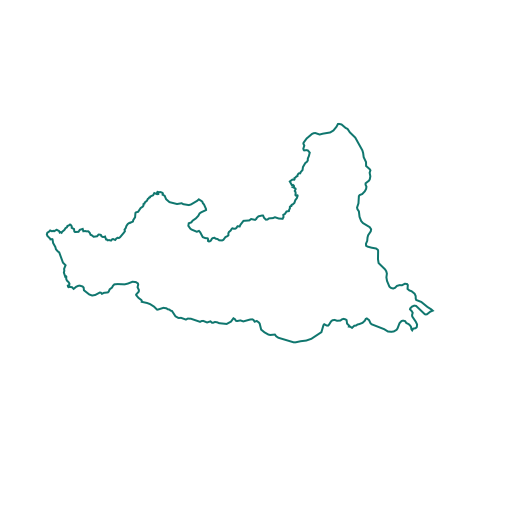 Norcasia, Caldas, Colombia, rotated 45°
{"feature_id": "7082276B5285222782638", "entity_name": "Norcasia", "entity_type": "district", "adm_level": 2, "iso_a3": "COL", "parent_name": "Colombia", "parent_adm1": "Caldas", "projection": "orthographic", "projection_center": [-74.881, 5.638], "detail": "fine", "context": "isolated", "style": "outline", "palette": "teal", "viewbox_px": 512, "rotation_deg": 45, "n_neighbors": 0, "source": "geoboundaries", "source_scale": "gbopen_adm2", "svg_char_len": 6152}
<svg xmlns="http://www.w3.org/2000/svg" viewBox="0 0 512 512"><g transform="rotate(45 256 256)"><path d="M221.4,103.8L220.6,104.7L221.5,107.6L222.0,112.5L221.1,116.2L216.8,122.2L215.1,125.1L211.0,127.1L210.0,128.3L209.3,130.0L208.7,137.1L209.5,142.2L210.1,143.1L212.1,143.8L213.6,146.7L214.8,147.3L215.4,147.3L216.8,145.5L218.0,144.7L220.9,144.9L222.8,148.1L223.7,150.4L225.1,151.9L225.4,153.7L225.1,155.2L225.5,156.9L226.3,159.9L228.1,162.3L228.3,165.2L228.8,166.3L227.9,167.2L227.8,168.0L228.3,169.8L228.8,170.2L228.3,171.5L228.4,172.6L228.1,173.7L229.0,174.5L229.1,175.0L227.7,176.2L227.2,179.4L231.4,180.6L231.9,179.6L233.0,179.5L234.0,180.2L233.6,181.2L236.1,180.4L236.7,180.6L237.4,182.6L238.3,182.7L239.6,183.5L240.7,185.0L241.4,185.1L242.4,183.8L242.9,184.0L244.0,186.3L244.3,188.7L245.6,191.3L245.5,193.5L245.0,194.6L245.7,195.7L245.2,196.3L245.2,197.3L246.4,198.5L246.6,199.6L247.5,201.0L246.1,202.9L246.7,205.8L246.2,207.6L247.9,209.0L248.5,210.9L245.6,213.4L242.0,215.2L241.2,217.2L238.6,220.2L238.3,222.1L237.3,223.3L234.7,223.3L232.4,222.4L231.7,223.0L229.7,226.2L229.6,228.6L230.0,229.6L229.8,231.1L226.4,233.3L226.1,235.6L222.3,240.0L222.9,244.9L223.6,246.7L221.9,248.0L222.3,250.2L222.1,251.2L221.1,252.4L219.8,253.0L219.6,253.7L220.1,256.0L219.9,258.2L220.4,259.5L221.8,260.8L221.8,262.0L221.0,264.2L221.5,267.7L221.0,269.0L218.9,270.9L216.8,271.2L215.2,272.3L213.7,272.5L212.7,274.1L212.6,275.0L213.2,277.0L212.9,278.4L212.3,279.1L211.4,279.3L210.3,278.0L209.3,277.7L207.5,279.2L205.0,280.3L199.8,278.7L197.9,278.6L197.0,280.7L191.6,282.9L190.2,283.1L186.8,282.5L185.3,280.4L186.5,278.0L186.2,275.8L186.9,271.9L186.8,268.4L186.0,265.8L186.4,263.7L188.2,258.8L187.4,258.1L182.7,256.3L181.2,256.3L180.1,255.7L178.9,255.6L175.5,256.4L175.4,258.5L173.6,265.5L172.5,267.5L167.9,270.8L166.1,271.3L163.4,275.1L156.7,279.1L152.3,279.4L148.8,278.0L146.6,278.7L145.9,277.6L145.2,277.5L143.3,278.3L142.2,279.6L141.0,280.3L141.2,281.0L142.6,280.8L143.1,281.3L142.4,282.2L139.6,283.4L140.3,285.8L139.2,288.6L139.6,289.4L139.1,290.2L139.4,291.3L139.1,292.1L139.8,294.0L139.5,296.8L140.1,297.7L139.7,298.8L140.8,300.0L141.0,301.3L140.5,303.6L141.4,308.1L140.3,310.0L140.3,310.8L143.1,314.1L143.8,317.4L144.6,318.6L143.8,320.9L143.4,321.2L143.5,321.9L142.9,322.6L142.7,324.1L143.1,326.3L144.2,328.6L144.4,330.3L145.8,331.2L146.1,333.1L146.6,338.9L146.3,340.3L145.2,341.0L144.9,342.5L145.1,344.2L142.9,345.1L142.5,345.9L142.6,347.6L140.9,348.6L139.9,349.9L138.7,349.8L138.2,350.3L135.5,349.0L135.1,350.0L134.0,351.0L132.6,351.3L131.7,350.8L130.6,351.2L129.5,352.2L129.7,354.4L127.6,357.2L124.9,357.5L124.1,358.0L122.1,357.2L120.0,357.1L118.4,358.7L117.7,359.0L116.4,360.6L114.3,359.4L112.9,362.1L113.4,364.4L111.1,367.0L110.2,367.1L108.2,365.6L105.8,366.4L104.7,365.3L102.7,365.0L102.2,365.3L102.0,367.0L101.4,368.0L102.0,369.4L101.6,371.0L102.1,373.1L101.8,376.0L102.1,377.1L100.8,377.4L100.6,378.2L99.2,377.6L96.5,378.4L95.7,381.3L94.9,381.5L94.2,382.8L92.4,383.5L92.5,384.6L92.0,387.1L92.8,388.6L94.3,389.3L98.2,389.3L98.9,389.6L99.9,388.2L100.3,388.1L103.4,390.3L107.7,391.5L109.8,392.7L112.6,392.9L114.3,392.6L124.2,397.2L127.9,397.2L129.4,400.8L130.9,402.0L131.9,403.6L135.7,405.5L135.9,404.7L136.4,404.7L138.0,406.4L139.7,407.1L141.6,407.0L143.5,407.4L144.5,408.5L143.9,410.0L144.8,410.6L145.5,410.6L146.0,409.7L147.9,408.2L150.3,408.2L150.6,404.9L151.4,402.8L152.3,401.6L154.9,400.2L156.4,400.2L158.6,401.9L165.3,401.1L168.1,399.8L169.9,397.2L171.4,392.2L172.4,391.6L173.8,391.7L174.5,389.6L177.0,386.5L177.0,385.3L176.1,383.0L176.5,380.2L175.9,378.1L175.9,376.2L178.0,373.7L183.2,368.9L184.9,366.1L186.9,361.5L189.5,359.4L191.9,358.9L193.0,359.6L194.3,361.8L197.3,362.9L198.3,364.1L198.5,368.0L199.0,368.4L202.4,368.7L206.1,368.2L207.2,368.6L207.6,369.2L212.3,366.2L215.2,364.9L219.7,363.9L223.9,363.9L224.4,363.5L227.2,358.1L229.7,356.3L231.2,356.1L232.7,355.1L234.2,355.0L235.5,354.3L241.7,355.6L244.9,354.7L246.8,352.7L251.4,350.5L252.0,348.5L254.3,346.4L263.0,342.1L263.5,340.5L264.6,339.2L268.4,337.6L270.0,334.4L272.1,334.3L272.9,333.5L273.6,331.7L275.5,330.3L277.4,329.6L283.3,324.8L284.7,320.1L284.1,316.0L285.7,315.6L287.5,316.0L288.6,315.4L290.5,312.6L293.3,311.2L296.8,305.0L298.2,303.4L299.4,303.0L301.5,303.4L302.5,301.4L305.0,301.0L306.4,301.2L311.7,304.4L315.9,304.0L320.3,302.8L321.9,301.8L324.9,298.2L327.1,298.5L329.6,298.0L343.7,290.4L345.0,289.1L347.9,284.6L351.3,280.3L353.7,275.4L356.1,263.6L352.6,257.2L352.5,256.0L355.1,255.2L356.2,254.3L356.2,253.0L355.3,249.1L355.5,247.4L356.8,245.6L359.1,244.5L361.3,242.0L361.6,240.0L362.4,238.5L364.2,237.5L365.4,237.3L368.2,239.4L371.3,239.4L371.6,240.2L372.9,239.3L374.7,238.9L374.8,235.8L375.9,234.5L376.2,232.7L377.2,231.1L378.6,227.9L378.7,224.7L378.1,222.9L378.5,221.8L381.3,221.4L384.6,222.6L386.1,222.5L398.4,217.1L402.7,216.1L405.3,213.9L406.8,211.9L407.6,208.8L407.3,207.2L405.0,202.0L404.9,199.1L405.7,197.7L407.6,196.6L409.6,197.1L412.2,196.2L414.3,196.2L415.7,196.5L417.7,197.9L419.0,198.1L418.5,196.2L419.8,194.4L420.0,193.2L419.9,192.5L418.3,190.5L415.5,189.5L409.3,188.3L408.1,187.4L407.0,185.4L405.3,184.9L402.6,184.8L402.1,183.9L402.1,181.4L403.0,179.2L404.5,178.1L416.5,177.8L417.4,177.3L418.1,176.3L418.6,172.1L419.6,169.7L417.7,169.8L413.3,170.8L405.4,171.6L400.4,173.8L399.1,173.2L397.2,171.4L394.8,170.5L390.9,170.9L388.8,171.9L386.4,172.1L383.9,169.2L382.7,169.0L380.9,170.3L379.9,173.5L378.1,175.1L376.8,177.5L376.8,180.2L376.0,182.0L374.1,183.1L372.8,183.3L371.9,183.3L366.3,181.0L363.3,178.9L361.0,175.9L358.9,174.7L356.8,174.2L347.7,174.3L344.5,172.0L338.7,166.0L337.8,165.5L335.6,165.8L331.7,168.5L328.2,170.5L326.6,170.9L325.1,169.6L323.9,166.6L321.8,164.1L320.6,162.0L319.7,157.4L318.5,155.7L316.0,155.2L308.3,157.1L305.6,156.9L301.5,155.1L297.2,151.7L294.7,151.2L293.2,150.3L291.2,146.3L286.4,140.9L286.2,139.6L287.3,137.1L287.2,133.3L286.4,130.7L285.1,128.9L283.0,128.1L282.1,127.1L282.6,122.8L282.2,121.3L280.5,118.8L277.5,116.8L276.3,114.5L274.9,114.2L270.2,114.5L267.4,111.8L262.3,110.0L258.9,107.4L256.5,106.1L242.5,102.1L234.9,102.2L230.9,101.4L228.8,102.1L223.5,102.5L221.4,103.8Z" fill="none" stroke="#0f766e" stroke-width="2"/></g></svg>